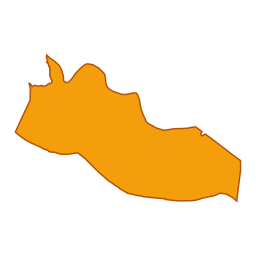 the district of Jimara, Upper River, Gambia
{"feature_id": "56634734B42913132832661", "entity_name": "Jimara", "entity_type": "district", "adm_level": 2, "iso_a3": "GMB", "parent_name": "Gambia", "parent_adm1": "Upper River", "projection": "mercator", "projection_center": [-14.409, 13.327], "detail": "fine", "context": "isolated", "style": "filled", "palette": "amber", "viewbox_px": 256, "rotation_deg": 0, "n_neighbors": 0, "source": "geoboundaries", "source_scale": "gbopen_adm2", "svg_char_len": 3035}
<svg xmlns="http://www.w3.org/2000/svg" viewBox="0 0 256 256"><path d="M195.7,126.9L191.3,127.4L188.2,128.1L182.7,128.5L177.3,128.6L173.1,128.9L168.2,129.7L167.3,129.9L165.0,130.3L162.7,130.0L160.6,129.3L156.4,128.0L153.2,126.4L153.1,126.0L152.0,125.7L150.6,124.8L148.0,123.3L147.0,122.5L146.5,121.7L145.3,120.4L145.3,118.8L144.3,117.3L142.9,113.9L142.4,112.6L141.1,109.1L140.6,106.6L139.9,103.1L139.9,102.3L139.4,100.4L139.2,99.0L138.4,97.0L137.7,95.0L136.2,93.0L135.5,93.0L134.1,92.9L131.0,93.4L128.1,94.1L126.0,94.4L123.4,94.4L121.9,94.4L116.8,92.7L113.2,91.4L112.5,91.0L111.3,90.4L109.0,88.8L107.8,87.5L107.4,87.1L106.8,86.5L106.7,85.3L106.1,84.2L105.7,81.5L105.3,77.0L104.6,74.3L103.6,72.9L99.5,68.8L97.1,67.0L96.5,66.8L93.3,64.9L90.7,64.3L88.0,63.9L86.5,64.0L85.5,64.3L82.1,66.9L81.1,67.7L77.4,71.5L76.2,72.7L74.1,75.5L72.6,77.8L69.7,81.0L68.7,82.1L67.6,82.5L67.1,82.5L66.3,82.5L65.3,82.2L64.6,81.6L64.3,81.4L63.6,80.5L63.5,77.4L63.3,76.0L62.2,71.7L60.8,68.2L58.7,65.0L56.6,63.0L54.3,61.0L50.8,58.7L48.1,56.5L46.8,55.1L46.5,56.2L46.5,58.2L47.6,59.5L47.5,60.0L47.4,60.6L47.2,61.1L47.1,61.5L46.7,61.8L47.0,62.7L48.0,62.7L48.1,63.4L49.1,66.9L49.6,67.0L49.8,68.3L49.8,71.9L49.8,75.6L50.4,77.4L50.9,78.4L51.9,80.7L51.9,82.4L51.6,82.6L50.8,83.3L49.9,83.3L49.5,83.7L48.7,83.7L47.7,84.3L46.0,85.8L42.7,86.4L41.9,85.5L41.2,85.5L39.0,86.2L37.8,86.2L34.4,85.2L33.5,86.2L33.2,86.5L32.2,86.5L31.7,85.4L30.1,83.7L29.8,83.6L29.2,83.3L29.1,83.7L30.4,88.4L30.1,100.1L27.5,105.9L24.7,111.8L21.4,118.8L16.3,130.0L15.4,131.8L15.9,132.7L19.6,135.7L21.5,137.0L23.2,138.3L23.4,138.4L24.1,138.9L26.2,140.4L27.6,141.1L29.3,142.0L31.4,143.1L33.4,144.0L34.0,144.2L34.7,144.5L38.7,146.3L39.3,146.5L44.3,149.3L47.5,150.1L48.7,151.3L49.6,151.8L49.9,152.0L50.7,152.0L55.3,152.4L60.4,154.1L64.6,154.2L67.8,154.3L77.0,152.9L78.3,153.2L80.3,154.8L82.0,156.2L85.0,158.5L88.4,162.0L89.4,163.0L95.9,169.5L97.3,170.5L97.8,171.4L99.1,172.5L106.0,178.6L108.7,181.0L110.1,181.7L112.3,183.3L113.5,184.1L115.8,185.8L118.2,187.1L119.6,188.5L120.3,189.1L122.9,190.5L128.1,193.5L130.2,193.8L131.2,194.0L132.7,194.3L133.7,194.6L139.0,195.8L141.1,195.9L142.8,196.6L146.9,197.0L151.2,197.5L154.8,197.9L163.3,198.6L166.0,199.3L166.3,199.3L166.3,199.6L176.1,200.7L184.6,200.9L184.9,200.7L186.3,200.8L188.9,200.7L189.0,200.7L189.3,200.7L190.5,200.7L191.5,200.7L192.4,200.7L192.7,200.6L194.3,200.4L195.3,200.2L195.7,200.2L195.9,200.1L196.1,200.1L197.3,199.7L197.5,199.7L198.0,199.5L200.1,199.0L201.1,198.6L202.4,198.2L210.4,196.4L211.4,196.4L215.1,195.4L220.0,193.2L221.2,193.3L222.3,193.5L225.3,193.9L225.8,194.0L226.1,194.0L231.2,196.7L232.8,197.5L236.4,200.9L236.8,200.9L236.7,200.8L237.6,194.1L238.6,185.7L238.8,184.0L238.9,183.1L239.3,180.4L239.3,180.0L240.1,174.0L240.6,169.6L240.5,160.6L240.1,160.3L240.0,160.2L236.6,157.8L233.3,155.4L225.2,149.1L219.3,144.6L213.8,140.4L209.6,137.2L208.4,136.4L206.3,134.8L205.4,134.1L203.9,134.8L202.5,135.7L201.5,135.5L200.8,133.5L201.6,132.3L201.9,131.5L200.5,130.5L195.7,126.9Z" fill="#f59e0b" stroke="#b45309" stroke-width="1.5"/></svg>